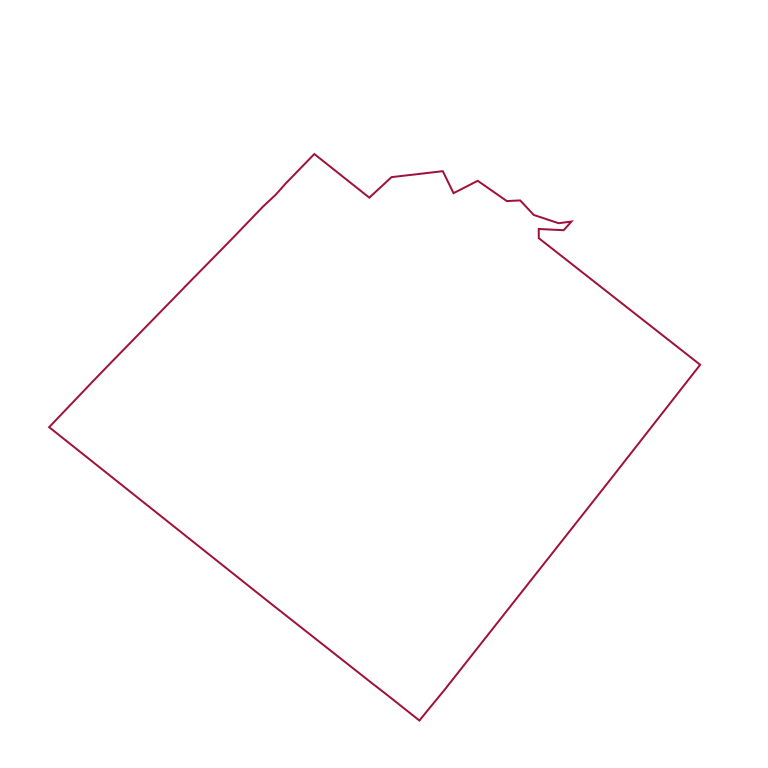 Monroe, Mississippi, United States of America, rotated 218°
{"feature_id": "52423323B75107932939522", "entity_name": "Monroe", "entity_type": "district", "adm_level": 2, "iso_a3": "USA", "parent_name": "United States of America", "parent_adm1": "Mississippi", "projection": "albers", "projection_center": [-88.422, 33.87], "detail": "fine", "context": "isolated", "style": "outline", "palette": "rose", "viewbox_px": 768, "rotation_deg": 218, "n_neighbors": 0, "source": "geoboundaries", "source_scale": "gbopen_adm2", "svg_char_len": 598}
<svg xmlns="http://www.w3.org/2000/svg" viewBox="0 0 768 768"><g transform="rotate(218 384 384)"><path d="M309.7,141.2L209.0,140.8L190.7,140.9L148.9,140.6L148.6,157.0L148.0,180.5L146.8,448.6L146.7,593.8L351.8,594.2L357.5,601.4L337.1,615.8L336.3,627.4L345.4,618.2L370.0,609.4L389.7,612.5L399.8,603.8L435.3,601.8L446.7,577.2L468.7,587.9L505.4,551.7L510.3,521.8L580.5,522.3L584.9,481.7L585.9,466.2L588.6,449.3L592.7,409.1L598.3,359.5L600.8,337.8L600.8,337.6L600.9,336.3L612.8,228.2L615.0,207.4L618.2,175.1L621.3,143.8L339.6,141.3L309.7,141.2Z" fill="none" stroke="#9f1239" stroke-width="2"/></g></svg>